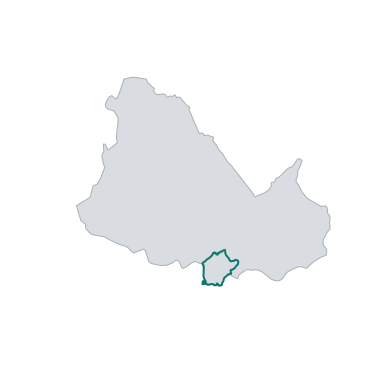 Kossi on a map of Burkina Faso (Robinson projection), rotated 233°
{"feature_id": "BFA-2802", "entity_name": "Kossi", "entity_type": "Province", "adm_level": 1, "iso_a3": "BFA", "parent_name": "Burkina Faso", "parent_adm1": "", "projection": "robinson", "projection_center": [-3.893, 12.938], "detail": "fine", "context": "in_parent", "style": "outline", "palette": "teal", "viewbox_px": 384, "rotation_deg": 233, "n_neighbors": 0, "source": "natural_earth", "source_scale": "10m", "svg_char_len": 5156}
<svg xmlns="http://www.w3.org/2000/svg" viewBox="0 0 384 384"><g transform="rotate(233 192 192)"><path d="M274.0,239.5L265.4,239.9L262.3,240.9L260.4,240.9L260.4,240.1L260.2,239.6L249.4,236.6L241.8,234.9L234.1,232.9L233.7,234.8L232.6,235.9L231.0,236.0L229.8,235.7L229.0,237.1L227.8,239.0L226.0,239.9L224.3,241.0L223.3,242.0L222.6,242.0L220.8,239.7L218.5,239.4L214.2,239.8L212.2,239.2L209.5,238.9L203.2,239.4L193.1,238.4L191.5,238.9L191.0,239.3L181.1,239.4L170.1,239.6L160.9,239.7L152.8,239.8L152.8,239.4L150.2,239.3L150.0,240.1L147.7,249.5L147.4,254.6L148.6,257.8L150.0,259.8L151.5,260.7L151.7,261.8L150.5,263.3L150.6,264.8L152.0,266.4L152.4,268.0L151.6,269.7L151.8,273.9L152.9,280.4L152.9,284.7L151.9,286.6L152.4,289.9L154.4,294.6L154.7,296.6L154.0,297.5L152.4,298.7L150.7,298.7L148.8,295.9L147.9,294.6L146.4,291.7L145.0,288.8L143.2,287.5L141.5,286.4L139.3,282.7L137.2,281.0L135.0,281.5L131.8,280.8L125.3,279.9L118.4,280.1L115.5,281.0L112.6,282.3L105.4,285.3L102.6,286.7L100.4,290.4L97.9,290.3L95.5,289.1L93.9,287.5L90.6,287.8L87.5,286.2L84.4,283.0L82.1,282.0L79.2,279.6L78.4,275.3L76.6,272.2L74.9,267.9L72.4,266.0L69.5,264.9L65.5,265.2L62.9,263.4L60.9,260.9L61.4,258.8L62.4,255.7L62.5,252.7L63.1,247.9L62.7,241.9L62.0,237.6L64.2,235.9L66.7,234.3L68.3,231.5L70.0,225.1L70.7,219.5L70.2,217.5L69.3,215.8L68.7,213.4L68.3,210.5L68.8,208.0L70.7,205.6L73.1,203.7L74.8,202.7L79.3,201.7L85.0,200.3L88.3,198.6L90.7,196.9L92.0,195.6L93.3,192.9L95.5,190.8L97.2,188.7L97.5,182.9L97.5,179.5L96.2,177.7L95.5,176.1L103.9,171.5L104.0,168.3L102.8,164.7L101.2,161.7L100.6,159.2L102.9,156.3L104.9,154.1L106.4,152.2L109.7,149.3L113.2,148.5L116.3,149.6L125.5,156.4L127.1,156.8L129.0,156.3L131.4,154.5L134.5,153.1L135.7,148.6L135.6,141.9L136.3,138.9L137.9,138.3L143.2,139.6L144.6,139.7L146.1,139.2L147.3,138.1L147.2,135.9L147.0,134.0L148.7,127.8L151.8,123.2L158.2,117.4L160.1,116.2L162.4,115.6L173.8,119.6L175.7,118.6L178.4,108.7L181.5,107.8L185.2,107.6L187.6,106.8L188.8,106.1L194.2,102.3L203.8,97.2L208.9,95.0L209.9,94.2L213.6,90.6L218.4,86.4L221.5,85.6L225.8,85.3L228.5,86.0L229.3,87.1L230.1,87.7L235.7,86.0L243.8,88.8L250.7,91.6L250.3,93.3L250.3,96.4L249.7,101.3L249.0,107.2L251.9,111.0L255.4,115.1L256.3,116.7L255.4,120.7L256.0,123.1L257.9,127.0L261.0,132.0L264.2,137.2L266.4,137.8L268.4,138.3L269.7,139.2L271.6,140.1L273.4,140.7L275.0,141.8L276.1,142.9L277.4,146.1L281.0,148.2L283.5,150.2L282.5,151.3L279.4,150.9L276.5,150.0L276.1,151.5L276.0,157.3L276.5,162.1L277.2,162.8L280.1,163.7L287.2,170.0L293.5,175.9L295.7,177.5L299.2,178.1L303.1,178.3L304.8,177.8L308.6,174.8L310.6,174.4L312.5,174.5L313.5,175.0L315.4,177.5L317.1,181.2L317.6,183.9L317.5,185.4L316.9,185.9L313.8,186.6L312.4,187.2L312.1,188.0L312.6,189.8L313.2,191.0L316.6,196.3L321.6,203.5L323.1,205.4L322.3,207.5L319.8,213.1L317.9,215.5L309.7,223.4L305.6,222.5L297.1,224.1L295.8,222.3L293.8,222.0L291.3,222.4L290.4,223.1L290.2,223.8L289.3,224.9L287.7,228.1L286.5,228.9L285.0,229.4L283.1,229.3L282.1,229.7L282.1,231.3L281.7,232.7L280.5,233.3L279.9,234.9L280.1,236.4L279.3,237.1L277.7,236.7L276.8,236.3L275.9,238.2L274.8,239.5L274.0,239.5Z" fill="#d9dde1" stroke="#a8b0b8" stroke-width="1"/><path d="M112.2,144.9L112.3,144.9L112.4,145.0L112.6,145.3L112.8,146.1L112.9,146.3L113.2,146.4L114.0,146.6L114.1,147.1L113.9,147.3L113.6,147.3L113.3,147.4L112.7,148.1L112.4,148.3L112.0,148.8L112.4,149.1L113.1,149.3L113.8,149.4L114.5,149.3L115.0,149.4L116.1,149.9L117.5,150.3L118.1,150.6L120.6,152.8L122.1,153.8L124.8,156.2L125.0,156.3L125.4,156.2L125.7,156.3L126.2,156.9L126.5,157.1L127.5,157.2L128.8,157.4L129.0,157.7L129.0,158.2L128.8,161.0L129.2,163.4L128.9,165.6L129.3,169.7L129.7,170.8L130.2,171.6L130.4,171.8L130.3,173.2L129.9,173.2L129.5,173.4L129.3,173.6L129.2,174.2L128.9,174.2L128.3,174.0L127.4,174.0L127.2,174.4L127.2,174.6L126.6,174.9L126.7,175.3L126.9,175.6L127.4,175.8L127.5,176.0L127.4,176.5L127.2,177.1L127.1,177.4L127.3,177.7L127.2,178.0L126.8,178.4L126.8,178.8L126.9,179.1L126.8,179.4L126.7,179.6L126.8,179.7L126.8,179.9L126.4,180.2L126.4,180.6L126.6,181.6L126.5,182.1L126.0,182.6L125.9,183.3L124.8,182.9L122.8,181.7L121.5,181.3L119.0,181.2L117.4,181.5L116.6,181.4L115.6,181.1L114.4,181.0L113.3,181.3L112.9,181.9L112.6,182.8L111.8,184.1L111.7,184.9L111.7,185.2L111.7,185.5L111.6,185.9L111.1,186.3L110.4,186.9L109.3,187.3L108.5,187.0L107.1,185.8L106.5,184.8L106.4,183.4L106.1,181.8L105.6,180.9L105.5,180.3L105.6,179.5L105.7,178.1L105.6,177.4L105.9,176.9L106.3,176.5L106.3,175.8L105.6,175.5L105.1,174.9L104.6,174.6L104.0,174.7L103.3,174.0L103.4,173.9L103.7,173.5L104.4,171.0L104.4,170.6L104.0,168.8L104.1,166.7L103.8,165.7L103.2,164.8L102.3,163.9L101.9,163.2L101.0,161.1L100.0,160.1L99.8,159.7L99.8,159.3L100.0,158.9L100.2,158.6L100.6,157.4L101.2,157.1L103.3,157.2L103.7,157.1L103.9,156.8L103.8,156.4L103.1,156.0L102.9,155.6L103.1,155.1L103.5,154.4L104.1,153.8L104.6,153.4L105.0,153.4L105.3,153.4L105.6,153.4L105.9,153.2L106.6,152.4L107.1,151.5L107.6,150.0L108.0,149.3L108.5,148.7L108.8,148.5L109.7,148.3L110.0,148.1L110.5,147.4L110.9,147.3L111.3,147.1L111.8,146.8L112.2,146.3L112.4,146.0L112.1,145.8L111.7,145.7L112.0,145.0L112.1,144.9L112.2,144.9Z" fill="none" stroke="#0f766e" stroke-width="2"/></g></svg>